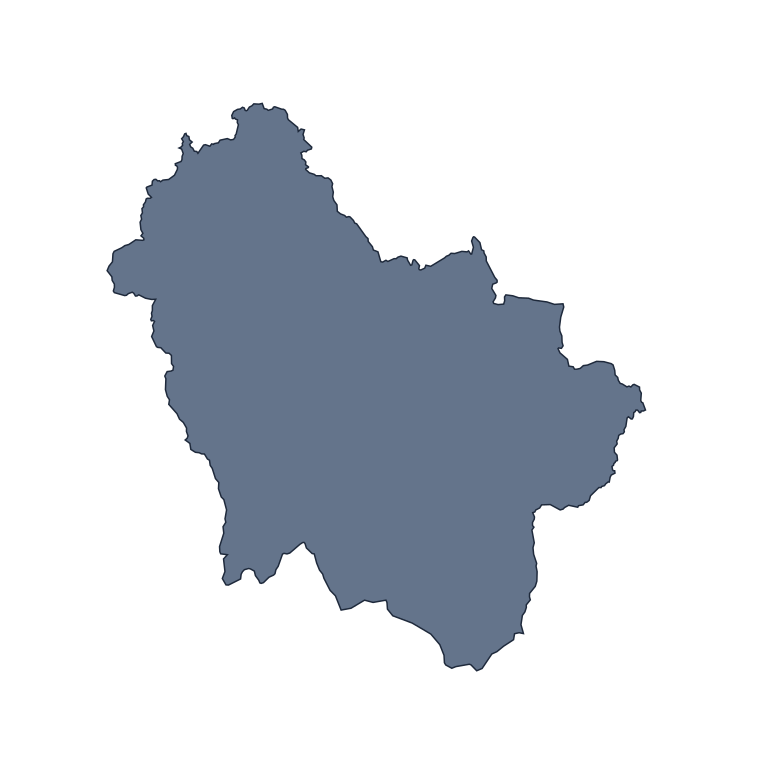 SVG path tracing the border of Xinjiang, rotated 80°
{"feature_id": "CHN-1756", "entity_name": "Xinjiang", "entity_type": "Autonomous Region", "adm_level": 1, "iso_a3": "CHN", "parent_name": "China", "parent_adm1": "", "projection": "equal_earth", "projection_center": [83.367, 41.753], "detail": "fine", "context": "isolated", "style": "filled", "palette": "slate", "viewbox_px": 768, "rotation_deg": 80, "n_neighbors": 0, "source": "natural_earth", "source_scale": "10m", "svg_char_len": 6142}
<svg xmlns="http://www.w3.org/2000/svg" viewBox="0 0 768 768"><g transform="rotate(80 384 384)"><path d="M195.9,597.6L193.7,595.3L189.8,596.6L182.3,596.1L179.6,594.1L175.8,594.2L173.6,592.2L169.2,591.9L167.8,590.0L165.7,589.8L163.4,587.4L160.5,586.1L160.0,584.9L160.5,582.0L159.8,580.6L156.1,583.2L149.6,584.1L148.9,583.4L147.8,577.9L144.1,576.9L142.7,574.9L142.8,573.1L144.7,571.6L144.8,569.9L146.0,568.9L144.8,566.3L145.2,560.6L142.0,554.1L136.7,550.2L134.6,549.7L132.9,550.4L132.5,551.4L130.8,551.3L129.6,545.2L127.9,544.0L124.7,543.3L122.2,541.7L117.5,542.5L116.0,544.8L115.5,542.9L114.0,540.9L112.0,540.9L110.5,539.5L107.3,540.7L105.6,538.5L103.1,536.9L102.8,535.5L105.2,535.1L106.4,533.2L109.7,533.2L112.4,530.9L114.3,533.8L116.9,533.2L118.6,531.4L121.8,530.4L122.5,528.0L124.5,527.2L117.4,520.2L117.3,518.3L119.6,514.2L117.6,512.0L118.4,510.2L117.8,509.6L117.7,505.2L115.4,503.1L115.1,495.7L117.0,492.6L117.0,489.7L115.1,487.7L113.4,487.5L112.2,486.2L103.4,482.4L101.0,483.1L98.4,482.4L97.2,484.4L96.0,484.9L96.5,486.7L96.1,487.3L93.1,487.3L89.6,484.8L88.1,480.6L88.2,477.8L86.9,475.3L87.9,473.7L90.4,473.2L91.0,472.2L90.7,471.1L87.9,468.5L87.1,465.8L85.5,463.6L86.7,458.5L86.5,455.2L92.0,454.2L93.0,451.7L94.4,450.5L93.8,446.0L92.2,444.8L92.0,443.4L95.6,437.0L96.0,435.2L97.3,433.8L101.7,432.3L105.3,432.8L107.1,432.3L116.3,424.5L120.4,424.6L118.5,421.4L119.9,418.2L124.2,420.4L127.8,419.9L129.3,420.6L138.2,414.0L139.9,414.7L140.5,418.8L141.8,420.3L140.9,422.6L142.0,425.8L144.4,425.2L147.8,425.6L149.4,423.6L151.8,422.4L154.4,423.2L157.0,420.7L157.7,420.9L158.3,423.6L159.1,423.9L163.1,420.8L165.4,416.3L167.1,414.8L168.0,409.5L171.1,406.6L171.3,403.3L173.9,400.9L177.8,399.8L180.6,401.0L186.3,400.6L190.7,402.0L194.6,401.5L199.4,399.2L205.8,400.0L208.9,397.3L211.2,393.5L213.2,392.1L213.0,389.5L213.6,388.4L217.6,385.7L220.4,384.9L221.5,383.1L235.7,376.3L238.0,374.5L240.9,374.8L246.7,371.6L250.2,371.2L252.8,367.0L263.0,365.9L263.7,364.2L262.5,360.6L264.0,358.9L262.3,352.3L262.7,350.3L261.5,348.3L261.0,345.1L263.8,339.3L266.1,339.3L271.7,337.2L271.5,335.9L267.2,333.9L266.7,333.1L267.1,332.1L273.6,328.5L276.5,329.7L277.6,329.3L278.1,328.0L277.0,323.8L274.3,322.1L276.2,317.6L270.3,302.4L269.0,300.4L268.5,297.8L266.9,295.3L267.8,291.7L266.9,284.3L268.3,279.3L267.6,277.6L271.1,276.0L271.2,275.1L264.9,272.2L258.4,272.9L255.3,271.1L254.6,270.3L255.0,269.3L261.4,265.0L268.7,264.6L270.2,262.6L272.5,262.7L276.6,261.3L280.6,261.9L298.2,256.4L301.4,254.6L303.3,254.9L303.9,255.9L304.6,259.6L308.6,261.3L316.2,258.4L318.6,259.3L322.0,262.3L323.7,262.0L325.6,257.9L326.1,252.3L323.0,250.7L319.2,250.2L317.4,248.5L319.5,241.8L322.5,236.3L324.6,226.7L327.3,222.2L331.5,209.2L335.2,202.3L336.1,193.8L339.4,193.6L348.8,198.3L358.4,201.3L362.5,201.6L367.5,200.5L373.9,201.4L377.5,201.0L379.7,203.1L378.8,205.8L379.4,206.5L383.9,205.3L391.6,199.1L398.5,198.8L399.9,194.7L402.5,193.8L402.9,191.5L402.7,188.0L400.5,184.5L400.7,180.3L398.6,170.7L400.2,163.6L403.4,156.7L405.0,155.1L410.6,154.4L415.2,154.8L418.1,152.7L421.1,152.6L424.4,151.3L425.4,149.3L429.0,145.3L428.6,143.1L429.8,141.4L428.0,139.0L427.8,137.7L431.4,132.9L434.3,133.3L437.7,132.2L444.8,134.0L446.7,133.5L447.4,132.4L455.0,131.0L455.6,133.1L455.3,135.4L456.6,136.1L456.6,137.3L453.8,138.8L453.4,140.4L454.8,141.4L455.5,143.0L459.4,144.0L461.5,145.5L461.4,146.7L458.7,149.0L459.7,150.5L467.8,153.2L470.7,155.6L472.8,155.6L474.4,157.2L474.4,159.6L475.4,161.8L478.2,162.8L480.7,164.8L483.5,164.8L486.8,168.4L491.2,168.9L494.5,166.9L499.2,167.2L499.9,167.5L500.3,169.4L501.4,170.0L502.2,171.4L503.9,172.1L504.7,173.8L508.1,173.8L509.2,173.2L509.5,171.9L511.9,172.0L513.1,176.0L515.1,177.5L519.7,179.2L519.4,180.3L520.8,183.0L522.4,184.5L522.7,187.4L523.7,188.2L523.3,190.4L529.9,200.0L534.3,202.2L535.7,204.9L535.5,206.5L537.6,208.9L537.6,213.6L539.0,214.6L535.5,223.2L537.0,227.6L538.3,229.4L538.6,232.4L531.6,241.2L530.4,249.8L533.1,252.2L534.4,256.4L536.2,257.7L536.5,259.9L541.1,258.9L543.2,259.5L546.2,261.8L549.2,262.3L551.0,261.2L553.5,263.7L566.5,263.6L571.1,265.7L577.7,266.2L587.2,264.8L589.7,265.9L595.4,265.8L604.7,267.7L609.6,270.2L615.5,277.0L618.9,277.7L622.0,277.4L626.3,282.3L628.7,282.6L632.9,284.8L635.9,287.9L644.8,290.9L654.0,290.0L652.4,294.1L652.6,298.8L658.3,300.8L663.0,311.8L667.2,319.3L668.6,324.7L681.2,336.8L682.5,342.5L675.7,347.1L674.8,348.6L674.8,362.3L675.7,366.6L671.4,372.0L669.0,372.9L661.6,372.0L650.4,374.3L638.4,381.3L624.3,397.8L613.8,415.6L606.3,419.7L599.7,419.0L597.2,419.6L597.2,432.7L593.5,440.7L599.1,455.4L599.2,465.5L584.2,468.6L577.9,472.9L564.9,476.9L560.5,477.4L556.1,479.8L548.6,481.4L539.2,482.2L538.5,484.2L532.0,488.9L527.3,489.5L526.1,490.3L526.0,491.6L527.2,494.5L534.1,506.1L534.5,509.0L533.4,511.9L533.9,513.5L545.2,519.9L548.1,522.7L551.9,524.3L553.0,525.9L554.3,530.8L558.7,537.2L559.0,539.6L558.3,540.8L555.5,541.4L550.4,543.9L545.7,544.2L542.8,547.8L542.2,549.4L542.6,553.7L544.3,556.0L546.5,557.7L551.1,559.1L555.0,572.1L554.4,574.5L547.5,577.0L541.1,573.2L528.4,572.4L524.9,567.9L522.9,574.3L520.7,574.8L515.6,574.2L503.1,567.7L496.6,567.3L492.7,563.8L489.2,564.0L480.7,560.9L470.0,561.8L467.0,563.9L458.4,565.2L452.3,563.8L447.9,566.4L437.3,567.8L433.9,569.3L428.8,569.1L427.2,570.9L421.8,573.0L421.1,575.9L419.6,577.9L418.5,581.6L414.9,585.6L408.8,585.5L404.6,589.5L403.3,587.3L401.1,586.0L396.4,586.8L393.1,586.1L387.0,588.3L383.1,591.5L377.3,593.0L366.7,599.5L362.3,598.0L358.5,599.6L351.6,600.2L341.0,597.9L338.1,598.5L334.1,595.4L334.3,591.5L333.7,589.4L330.1,588.2L327.0,589.7L319.0,588.4L316.4,590.3L315.6,593.5L309.5,597.5L308.7,600.4L307.7,601.6L296.9,604.6L291.8,601.4L286.2,601.7L282.5,599.1L281.5,600.0L281.4,602.1L279.9,602.5L277.1,600.7L273.9,600.7L271.6,599.4L266.6,598.5L260.9,594.1L260.4,598.1L258.1,604.0L253.6,610.0L254.4,612.0L254.2,613.5L251.1,614.7L249.9,616.0L250.6,620.1L251.9,622.2L251.9,624.0L247.2,633.7L245.4,634.4L242.0,632.7L238.7,632.2L234.8,633.7L231.2,633.4L224.3,637.0L220.1,634.3L216.5,630.2L208.7,628.3L206.5,626.7L204.3,618.6L202.7,615.2L202.3,611.1L198.9,603.4L200.6,596.8L200.3,595.4L198.7,595.3L195.9,597.6Z" fill="#64748b" stroke="#1e293b" stroke-width="1.5"/></g></svg>